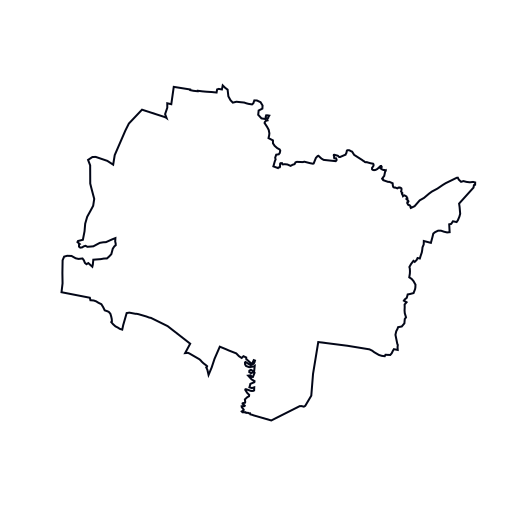 Muhradah, Hamah, Syria, rotated 287°
{"feature_id": "27442178B78133098408237", "entity_name": "Muhradah", "entity_type": "district", "adm_level": 2, "iso_a3": "SYR", "parent_name": "Syria", "parent_adm1": "Hamah", "projection": "orthographic", "projection_center": [36.557, 35.29], "detail": "fine", "context": "isolated", "style": "outline", "palette": "ink", "viewbox_px": 512, "rotation_deg": 287, "n_neighbors": 0, "source": "geoboundaries", "source_scale": "gbopen_adm2", "svg_char_len": 6087}
<svg xmlns="http://www.w3.org/2000/svg" viewBox="0 0 512 512"><g transform="rotate(287 256 256)"><path d="M376.1,126.5L371.9,127.8L365.1,127.6L361.8,130.1L362.1,129.2L362.2,127.4L362.6,104.2L345.5,95.7L337.8,94.4L311.2,91.4L301.6,92.7L303.5,86.0L303.9,73.7L302.8,70.6L298.8,67.3L294.2,70.9L276.8,76.3L272.8,78.7L263.3,84.6L256.4,85.6L250.8,84.5L244.2,83.1L237.0,83.2L229.5,84.8L220.9,85.7L218.3,81.4L217.1,81.2L215.9,83.9L215.3,83.4L213.2,84.0L212.6,85.5L213.4,87.2L214.9,88.5L215.9,90.0L215.5,92.1L217.7,97.6L222.9,102.8L224.4,105.8L225.4,108.5L229.7,113.4L232.0,116.3L228.7,117.1L227.0,118.1L225.3,118.7L223.8,117.7L221.1,116.9L215.4,117.1L212.6,115.7L210.1,114.2L209.1,111.3L207.6,108.4L204.9,101.5L199.9,102.5L197.9,102.6L200.2,97.7L198.6,96.3L199.4,94.4L201.5,92.7L202.9,90.8L201.3,87.1L201.1,84.2L202.1,79.6L201.0,75.4L199.3,72.7L195.4,72.3L183.2,75.8L173.3,79.0L164.5,80.6L167.5,109.3L165.3,110.6L166.0,113.8L165.9,116.4L165.2,119.0L164.7,122.2L162.3,124.9L159.8,127.2L159.7,130.3L159.4,131.8L158.1,133.7L155.5,135.4L153.5,136.5L151.4,137.3L150.5,136.9L149.0,139.2L147.6,142.2L147.2,144.6L146.5,147.1L146.5,149.6L151.2,149.2L163.6,149.0L164.8,151.4L165.5,157.8L165.8,158.6L166.0,160.5L166.1,168.9L165.9,171.8L166.1,173.6L163.1,192.0L152.9,218.7L142.4,216.6L143.5,219.3L143.3,220.9L140.7,232.1L139.9,233.8L139.2,234.8L138.1,237.0L136.9,240.2L136.3,241.5L135.0,241.4L134.8,241.1L132.9,242.8L128.4,245.4L136.4,246.2L145.6,246.4L158.7,247.9L158.1,254.4L157.7,257.7L157.1,265.6L155.2,269.0L154.3,272.1L156.5,273.3L156.1,276.3L154.6,276.8L151.8,283.0L152.2,283.8L155.8,284.3L155.7,285.6L153.8,285.6L152.3,285.3L150.1,282.7L150.3,281.7L151.6,276.9L150.9,276.6L149.1,277.3L147.9,278.7L147.7,282.0L149.7,286.2L150.5,286.9L145.3,287.9L144.9,287.6L145.7,284.4L144.4,283.2L143.0,283.5L142.5,285.5L144.5,287.9L143.9,288.8L139.4,288.4L139.2,287.5L140.3,285.7L139.3,283.5L136.7,287.9L135.9,291.2L134.8,291.3L132.1,288.0L128.5,288.1L128.5,290.7L129.9,292.7L126.9,293.5L126.2,292.8L125.6,291.1L125.5,290.3L125.7,285.2L125.3,284.8L124.8,284.9L122.5,287.6L121.2,290.1L119.8,290.3L118.4,288.9L115.6,287.3L113.2,288.4L112.5,288.4L111.3,286.3L110.8,286.3L110.6,286.7L109.6,289.0L109.1,288.9L108.1,286.2L107.4,286.5L105.4,289.2L104.7,289.2L103.2,287.8L102.6,288.8L103.4,291.2L103.2,291.2L103.3,292.0L103.1,292.5L103.7,294.2L103.5,295.6L103.8,296.3L102.9,296.9L103.0,298.9L102.9,300.3L103.2,318.7L125.2,341.7L125.8,343.5L125.9,345.8L127.1,346.9L138.6,349.7L160.0,345.0L191.9,340.7L196.9,369.7L199.9,391.8L199.4,394.9L198.6,397.0L197.3,402.5L197.3,405.5L197.8,408.4L199.4,408.7L200.6,413.3L202.6,414.2L205.2,414.6L207.2,415.1L207.6,419.0L210.3,418.0L212.4,417.6L213.3,416.8L221.4,412.4L225.0,412.1L227.6,412.6L229.5,412.7L231.2,416.0L235.0,417.6L239.2,416.7L241.2,417.4L244.8,415.0L247.3,414.0L250.4,413.2L253.1,412.3L255.8,413.5L256.5,410.5L257.9,410.9L260.1,412.4L263.6,412.3L264.7,414.4L266.6,417.5L270.8,417.8L272.5,417.6L275.2,416.9L278.1,413.9L279.6,411.5L280.4,408.8L284.1,408.3L286.4,407.7L288.9,406.8L290.3,405.9L293.6,406.6L297.4,408.0L296.8,409.5L299.2,410.8L301.3,411.1L301.5,413.4L304.3,413.4L307.9,413.5L310.3,413.2L313.0,412.7L316.1,413.0L319.4,412.1L319.7,419.4L325.7,419.2L329.3,419.0L331.2,420.3L333.5,422.8L334.3,425.5L334.2,428.7L334.4,431.9L335.4,434.2L342.8,431.5L343.8,433.3L346.8,434.2L347.1,437.9L349.2,438.6L353.2,439.0L356.1,438.9L362.3,436.4L365.5,434.9L385.0,444.0L387.5,443.7L388.2,444.7L390.4,444.1L390.3,441.9L389.0,439.0L388.4,435.6L388.3,432.5L386.9,430.4L388.4,427.5L389.9,426.1L389.5,425.1L381.1,416.1L378.5,413.8L373.5,409.8L369.1,405.4L366.3,403.3L360.7,399.7L357.1,396.3L350.0,393.1L347.2,390.0L347.8,389.5L348.4,389.6L349.5,388.0L349.3,387.6L349.5,386.5L350.9,385.1L351.7,385.0L352.1,385.7L352.9,385.8L354.2,384.2L354.1,383.8L354.4,383.3L355.0,384.0L355.5,383.9L355.7,383.5L356.9,382.5L357.4,380.2L357.0,379.6L356.2,379.1L357.2,378.4L357.6,377.8L358.5,377.2L359.0,377.5L360.1,375.9L360.9,375.9L362.6,375.6L363.3,375.1L363.6,373.5L363.2,373.2L363.1,372.2L362.8,372.1L362.0,371.4L362.2,368.9L361.8,368.2L362.2,367.0L362.8,366.6L364.1,365.9L364.6,365.8L365.5,365.4L365.9,362.0L365.5,360.7L365.7,355.6L366.0,355.6L366.5,355.1L366.6,354.2L366.8,354.0L369.1,354.8L370.0,355.2L374.6,354.8L375.5,355.2L376.0,355.0L375.6,354.5L375.8,353.7L375.5,352.7L375.8,350.4L376.5,350.0L376.5,349.7L377.9,350.2L378.7,349.4L378.5,348.8L374.7,346.6L373.3,345.2L372.6,343.8L372.5,342.5L372.8,341.7L374.1,341.2L376.3,341.9L377.3,341.9L378.1,341.5L378.5,340.9L378.2,338.6L378.1,335.0L378.2,334.5L377.8,333.9L377.7,333.1L377.7,332.7L378.4,331.0L378.4,330.5L378.8,329.6L381.4,320.3L383.9,317.4L384.0,316.1L384.4,314.4L384.1,313.0L383.7,312.3L383.1,312.1L382.5,312.2L380.7,312.3L380.3,312.1L379.0,312.0L378.6,311.4L375.2,307.4L375.0,306.5L375.7,305.2L375.8,304.8L375.7,301.2L375.5,300.9L374.8,301.0L373.9,301.7L372.7,302.0L372.3,302.4L372.7,303.6L372.8,304.0L371.7,304.9L371.0,305.0L370.0,304.5L367.7,292.6L368.3,290.1L370.1,286.4L369.6,285.7L367.3,284.6L361.4,284.1L360.9,283.5L360.6,280.8L360.3,274.6L359.5,273.4L358.0,267.6L357.1,266.4L355.1,266.0L354.0,264.4L352.3,262.7L352.7,259.3L352.2,256.6L351.4,254.8L351.5,254.4L352.4,253.7L351.9,252.3L351.2,252.1L348.3,252.9L347.7,252.7L347.2,251.5L346.5,251.3L346.8,246.4L352.1,246.3L354.1,246.5L355.6,245.6L358.8,245.7L359.9,248.0L361.5,248.6L363.8,248.4L364.8,247.5L365.4,244.7L366.8,241.6L368.7,239.3L371.5,238.4L372.4,233.5L375.3,233.3L377.3,232.9L379.1,231.9L380.0,231.5L380.6,231.0L382.6,229.0L385.7,225.3L386.7,225.3L388.3,226.0L389.1,227.4L390.7,226.4L391.6,227.3L392.4,227.2L394.1,227.6L393.9,225.9L393.5,224.6L392.0,224.6L391.8,224.8L389.7,224.7L389.2,221.0L391.7,216.8L395.9,216.0L398.8,219.0L401.8,218.3L404.4,215.4L405.0,211.4L404.3,208.9L401.3,208.8L399.8,207.9L399.3,204.3L399.2,202.1L399.3,199.9L398.6,196.4L397.8,192.2L395.9,189.0L397.5,186.1L400.6,182.9L406.8,180.2L407.8,177.4L409.4,174.3L405.3,174.7L404.9,171.5L403.9,170.1L400.8,170.5L399.9,165.9L398.6,160.5L397.8,156.7L397.0,152.0L396.5,152.1L395.7,147.9L395.4,144.6L396.0,144.4L393.7,127.9L376.4,130.6L376.1,126.5Z" fill="none" stroke="#020617" stroke-width="2"/></g></svg>